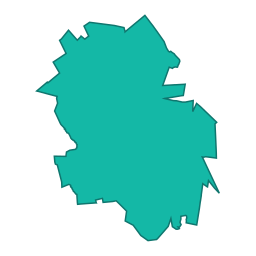 outline of San Francisco de Borja, Chihuahua, Mexico
{"feature_id": "50627088B27910200343909", "entity_name": "San Francisco de Borja", "entity_type": "district", "adm_level": 2, "iso_a3": "MEX", "parent_name": "Mexico", "parent_adm1": "Chihuahua", "projection": "equal_earth", "projection_center": [-106.771, 27.891], "detail": "fine", "context": "isolated", "style": "filled", "palette": "teal", "viewbox_px": 256, "rotation_deg": 0, "n_neighbors": 0, "source": "geoboundaries", "source_scale": "gbopen_adm2", "svg_char_len": 3316}
<svg xmlns="http://www.w3.org/2000/svg" viewBox="0 0 256 256"><path d="M140.8,235.5L148.0,240.6L156.6,239.5L158.0,238.1L168.2,226.4L170.9,218.5L172.4,226.7L176.1,229.2L177.7,229.2L179.3,228.6L178.1,227.0L179.4,227.2L181.1,224.7L180.0,222.4L180.3,221.1L180.9,219.1L180.8,216.3L185.8,215.4L186.5,215.9L186.7,217.4L186.8,217.9L186.2,219.4L186.4,220.9L186.2,222.8L196.7,225.0L199.4,208.3L200.2,202.3L200.5,200.7L201.3,195.4L201.3,194.6L201.9,190.4L202.0,189.5L202.8,183.7L206.9,186.6L207.5,186.9L208.5,180.6L214.5,188.1L219.3,193.2L205.8,164.5L202.3,157.0L203.4,157.2L204.1,157.1L205.7,156.7L216.4,158.1L216.3,154.4L216.3,153.4L215.6,136.9L215.0,123.9L216.7,122.3L200.8,107.0L196.6,103.4L192.7,111.6L193.2,100.5L185.3,102.1L182.4,102.1L176.7,100.8L173.4,100.6L164.4,98.5L164.7,98.4L165.6,98.3L172.6,97.2L180.9,95.8L183.3,95.5L184.4,89.0L185.2,84.2L184.2,84.3L175.5,84.8L174.8,84.8L166.4,85.3L162.7,85.5L169.2,67.2L172.4,68.3L172.5,68.0L172.7,67.9L172.9,67.8L173.2,67.8L173.5,67.6L173.7,67.4L173.8,67.3L174.2,67.2L174.5,67.2L175.0,67.0L175.3,67.0L175.8,67.0L176.1,67.0L176.8,67.2L177.1,67.2L177.3,67.1L177.5,67.1L177.6,66.9L178.2,64.9L178.6,64.6L179.8,61.3L179.6,60.3L179.4,59.6L175.1,55.1L174.3,53.9L171.6,52.1L170.9,51.4L170.6,51.3L169.5,52.0L168.8,51.5L168.4,51.2L166.5,48.0L164.0,41.4L163.6,40.9L157.9,32.8L157.5,32.2L155.1,28.9L154.5,28.1L153.2,26.2L150.3,22.5L149.8,21.8L144.9,15.4L125.1,31.8L125.1,31.7L125.1,31.4L125.0,31.2L124.0,27.8L124.0,27.6L114.4,25.5L89.6,22.3L84.0,26.1L88.7,36.1L84.8,39.1L81.1,36.1L81.0,36.4L77.3,40.2L68.5,30.2L61.4,39.0L59.6,40.3L66.1,53.5L53.2,62.1L59.6,73.1L47.9,82.8L47.3,82.1L36.7,91.0L57.1,96.4L56.6,98.4L57.6,103.2L54.6,111.0L59.9,122.5L60.3,123.3L60.7,124.1L61.4,125.0L63.0,126.6L64.0,127.7L64.4,128.2L64.5,128.2L64.5,128.3L64.3,128.9L64.4,129.1L65.3,129.1L65.5,129.4L65.5,129.7L65.4,130.1L65.5,130.7L66.2,131.4L66.6,131.8L66.6,132.0L66.8,132.5L67.0,132.8L67.4,133.0L67.6,133.0L67.8,133.0L68.1,133.1L68.5,133.3L68.8,133.7L69.0,134.1L69.2,134.6L69.5,135.0L70.1,136.3L70.5,137.0L70.6,137.6L70.9,138.2L71.1,138.5L71.5,138.8L71.8,139.3L72.0,139.3L72.4,139.5L72.7,139.6L72.8,140.0L73.2,140.4L73.5,140.5L73.9,140.5L74.2,140.6L74.3,140.7L74.5,141.2L74.6,141.4L74.6,141.7L74.7,141.9L74.9,142.0L75.3,142.0L75.5,142.4L75.8,142.7L76.1,142.7L76.2,142.8L76.2,143.2L76.2,143.6L76.4,143.9L76.6,144.2L76.7,144.3L76.9,144.5L77.1,144.6L77.1,144.9L77.0,145.2L76.9,145.6L76.8,146.0L76.9,146.4L77.0,146.6L77.1,146.9L77.0,147.1L76.8,147.3L76.7,147.7L76.7,148.0L76.2,148.3L75.7,149.3L69.9,150.2L66.5,152.0L65.9,156.4L54.3,156.2L54.8,161.9L55.4,164.1L57.3,164.9L61.5,181.2L61.7,182.1L61.9,187.2L68.8,184.4L70.6,185.2L70.7,185.5L70.8,186.0L70.6,186.4L70.6,186.7L70.7,186.9L71.0,187.0L71.2,187.3L71.4,187.4L71.6,187.6L71.7,187.9L71.8,188.0L72.0,188.1L72.0,188.4L72.1,188.6L72.2,188.8L72.3,188.9L72.3,189.1L72.4,189.4L72.5,189.5L72.8,189.8L72.9,190.0L73.0,190.2L73.1,190.5L73.2,191.0L73.4,191.2L73.5,191.4L73.8,191.5L74.1,191.9L74.4,192.0L74.5,192.2L75.1,193.1L75.5,193.6L75.8,194.0L76.1,194.2L76.4,194.2L76.8,194.3L76.9,194.6L76.9,194.8L76.9,195.1L77.4,202.7L77.6,204.3L80.7,204.0L95.7,202.9L96.3,202.9L96.2,202.7L95.6,200.0L102.4,198.4L102.5,198.7L103.1,202.4L112.7,201.5L116.2,200.8L119.7,204.2L126.6,211.1L125.2,221.0L133.2,225.2L140.8,235.5Z" fill="#14b8a6" stroke="#0f766e" stroke-width="1.5"/></svg>